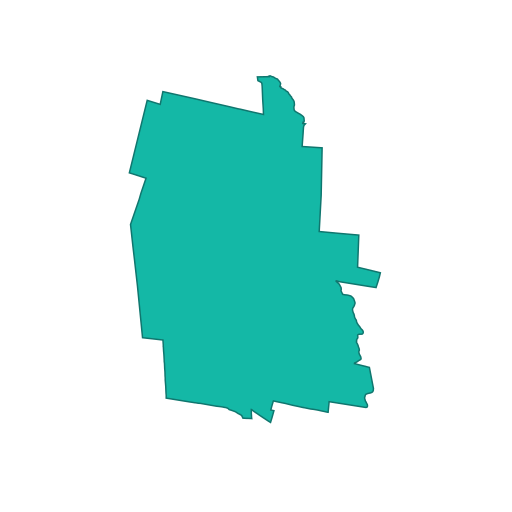 Radomiresti, Olt, Romania, rotated 207°
{"feature_id": "2599482B17216146202698", "entity_name": "Radomiresti", "entity_type": "district", "adm_level": 2, "iso_a3": "ROU", "parent_name": "Romania", "parent_adm1": "Olt", "projection": "equal_earth", "projection_center": [24.652, 44.109], "detail": "fine", "context": "isolated", "style": "filled", "palette": "teal", "viewbox_px": 512, "rotation_deg": 207, "n_neighbors": 0, "source": "geoboundaries", "source_scale": "gbopen_adm2", "svg_char_len": 5822}
<svg xmlns="http://www.w3.org/2000/svg" viewBox="0 0 512 512"><g transform="rotate(207 256 256)"><path d="M317.2,423.4L318.8,423.2L319.9,423.2L320.6,423.3L321.5,423.4L322.5,423.3L323.0,423.1L323.6,423.0L324.7,423.0L325.3,422.9L326.1,422.2L326.4,421.8L326.0,421.6L336.1,416.2L333.9,413.1L333.6,413.1L330.5,413.1L329.8,412.9L329.1,412.4L327.5,409.9L321.1,398.5L316.3,390.4L313.6,385.5L325.6,382.4L336.6,379.7L338.5,379.1L346.8,377.1L365.9,372.3L381.7,368.4L413.6,360.2L410.2,347.6L423.6,345.3L406.6,272.6L389.3,275.4L387.0,259.6L385.8,253.5L382.1,227.1L369.7,208.2L363.1,198.3L348.1,175.6L320.0,131.7L300.8,138.9L300.3,138.1L299.7,137.1L298.1,134.4L297.6,133.3L297.2,132.8L295.1,129.2L294.2,127.8L293.1,126.0L290.9,122.2L290.4,121.3L289.8,120.2L289.3,119.5L288.7,118.6L287.0,115.6L286.4,114.5L284.5,111.4L282.6,107.9L281.5,106.1L280.6,104.3L277.2,98.8L274.0,93.1L272.7,91.0L271.5,88.6L248.7,95.9L246.7,96.6L244.1,97.4L243.2,97.8L240.9,98.5L239.6,99.0L239.1,99.3L223.4,104.1L221.5,104.8L219.1,105.7L217.3,106.3L215.4,106.8L213.9,107.3L213.7,107.4L213.4,107.3L213.0,107.4L212.8,107.5L212.6,107.5L212.3,107.5L211.3,107.4L211.1,107.3L210.5,107.1L210.3,107.0L210.0,107.0L208.9,107.2L207.7,107.4L205.4,107.7L204.6,107.8L203.5,107.9L202.8,107.8L202.1,107.7L201.2,107.7L200.9,107.6L200.3,107.5L199.0,107.6L198.5,107.5L198.1,107.6L197.8,107.5L197.0,107.5L196.8,107.4L196.3,107.2L196.0,107.2L195.9,107.1L195.7,106.9L195.4,106.6L194.8,106.2L194.7,106.1L194.4,106.0L194.1,105.6L193.8,105.7L192.8,106.1L192.5,106.3L191.9,106.5L190.8,107.0L189.8,107.5L187.2,108.7L186.3,109.1L186.0,109.2L186.8,110.4L188.0,112.5L188.6,113.4L190.2,116.6L190.5,117.1L190.2,117.2L188.0,116.7L185.2,116.3L183.3,116.1L180.5,115.7L177.8,115.4L176.3,115.2L175.3,115.1L174.4,115.0L170.1,114.5L167.5,114.3L168.1,117.7L168.4,119.4L169.8,126.3L172.9,125.5L173.8,129.7L174.7,134.5L174.7,134.8L172.2,135.4L167.8,136.6L166.6,136.9L163.1,137.9L155.7,139.6L149.8,141.2L145.1,142.4L145.1,142.5L138.1,144.4L137.5,144.6L135.4,145.4L132.9,146.2L131.2,146.7L130.9,146.8L127.3,147.7L125.2,148.3L122.8,148.9L121.3,149.3L120.8,149.5L124.7,159.4L89.4,170.9L88.6,171.5L88.4,172.2L88.4,172.4L88.5,172.7L88.7,173.2L88.8,173.4L89.1,173.8L89.4,174.2L89.7,174.4L90.6,175.0L91.0,175.3L91.3,175.6L91.5,175.8L92.2,176.1L92.5,176.3L93.2,177.0L93.7,177.6L94.3,178.2L94.6,178.5L95.0,179.3L95.1,179.5L95.0,179.8L95.0,180.1L95.1,180.3L95.3,180.7L95.4,181.2L95.4,181.7L95.4,182.0L95.4,182.3L95.2,182.7L95.1,183.0L94.6,183.5L94.1,184.1L93.8,184.4L93.1,184.9L92.8,185.3L92.2,185.6L90.8,187.1L90.7,187.4L90.4,188.1L90.4,188.4L90.4,189.0L90.5,189.5L90.6,189.9L90.8,190.2L90.9,190.4L91.1,190.9L91.1,191.1L91.3,191.4L104.4,208.2L117.6,205.2L118.5,205.1L119.4,204.8L119.5,205.1L119.6,205.3L119.5,205.6L118.8,206.3L118.6,206.7L118.1,207.3L117.7,208.0L117.2,209.0L116.7,209.9L116.4,210.2L116.0,210.9L115.8,211.3L115.7,211.6L115.7,211.8L115.7,212.1L116.0,212.5L116.4,213.1L116.7,213.5L117.0,213.8L119.4,215.5L119.7,215.8L120.0,216.1L120.4,216.5L120.7,217.2L120.9,217.5L121.0,217.6L121.2,217.8L121.2,218.1L121.1,218.5L121.1,218.8L121.4,219.4L121.7,219.8L122.1,220.3L123.1,221.2L123.4,221.4L124.1,222.3L124.4,222.5L124.7,222.8L125.6,223.6L126.1,223.9L126.4,224.1L126.7,224.3L127.1,224.6L127.5,224.9L127.6,225.0L127.6,225.9L127.7,226.1L127.8,226.2L128.0,226.3L128.2,226.6L128.3,226.7L128.3,227.9L128.2,228.8L128.1,229.1L128.2,229.4L128.4,229.9L128.7,230.4L129.2,231.0L129.4,231.5L129.5,231.9L129.4,232.2L129.1,232.6L128.6,233.1L127.9,233.5L126.7,234.1L126.3,234.4L125.8,234.8L125.7,235.2L125.6,235.5L125.6,235.9L125.7,236.4L125.9,236.9L126.3,237.4L127.0,238.0L127.6,238.3L129.5,238.9L130.4,239.4L131.3,240.0L132.2,240.4L133.4,240.9L134.6,241.6L135.5,242.2L136.2,242.7L136.7,243.3L137.3,244.1L137.5,244.3L137.9,244.6L138.6,244.9L139.0,245.2L139.3,245.4L140.0,245.9L141.0,247.0L141.4,247.7L142.1,248.4L142.7,249.0L143.5,249.5L144.2,250.2L145.4,251.6L145.8,252.3L146.0,253.1L146.1,253.5L146.1,253.9L145.9,255.1L145.9,255.7L145.9,256.2L145.9,256.6L146.0,257.0L146.1,257.4L146.2,258.4L146.4,259.0L146.7,259.5L147.2,260.0L148.3,261.1L148.9,261.6L149.2,261.9L149.5,262.2L149.8,262.4L151.1,262.9L152.9,263.4L153.5,263.4L155.1,263.1L156.1,262.9L156.8,262.7L157.4,262.5L159.1,261.8L160.8,261.3L161.1,261.2L161.4,261.2L161.7,261.5L161.9,261.7L162.2,261.9L163.0,262.4L163.6,262.9L163.9,263.2L164.2,263.4L164.6,263.8L164.7,264.1L164.8,264.8L165.3,265.5L165.4,265.8L165.5,266.1L166.1,266.6L166.6,267.0L169.1,268.7L169.6,268.9L170.7,269.2L171.4,269.4L173.0,269.8L173.3,270.0L173.1,270.4L172.9,270.5L172.6,270.5L171.5,270.7L170.3,270.9L142.3,279.9L134.7,282.4L134.9,283.5L135.6,288.0L136.5,293.0L137.6,297.5L160.4,292.1L173.9,321.3L192.7,313.7L210.8,306.5L225.5,339.7L246.2,382.4L264.6,374.5L269.6,386.4L271.1,389.8L271.4,390.6L272.0,391.9L272.4,393.3L272.5,394.3L272.4,394.8L272.0,396.2L274.5,395.3L274.8,396.6L274.5,396.7L274.3,396.9L274.2,397.1L274.2,397.3L274.2,397.6L274.3,397.9L274.4,398.3L274.7,398.8L275.0,399.2L275.2,399.6L275.6,400.2L275.9,400.8L276.4,401.1L277.0,401.6L279.1,402.1L281.1,402.4L282.3,402.4L286.0,402.6L286.6,402.7L287.3,402.9L288.0,403.2L288.4,403.6L288.8,404.2L289.3,404.9L289.7,405.6L290.0,406.3L290.3,408.0L290.7,408.7L291.6,410.1L292.1,410.8L292.8,411.4L293.7,412.0L294.6,412.4L295.8,413.0L296.4,413.7L296.9,413.9L297.3,414.1L297.6,414.1L298.2,414.4L298.6,414.6L299.3,415.1L300.2,415.3L300.6,415.5L301.3,416.2L301.5,416.3L302.0,416.5L302.6,416.7L302.9,416.7L303.0,416.7L303.4,416.5L303.5,416.5L305.1,417.1L306.0,417.2L306.7,417.1L307.1,417.1L307.6,417.3L308.3,417.3L308.9,417.2L309.5,417.1L309.9,417.1L310.3,417.2L310.4,417.3L310.5,417.4L310.4,417.5L310.4,417.8L310.5,418.0L310.8,418.0L311.3,417.7L311.7,417.8L311.9,418.0L311.9,419.1L312.1,419.9L312.3,420.6L312.5,421.0L313.1,421.4L314.0,422.0L315.2,422.5L316.2,422.9L317.2,423.4Z" fill="#14b8a6" stroke="#0f766e" stroke-width="1.5"/></g></svg>